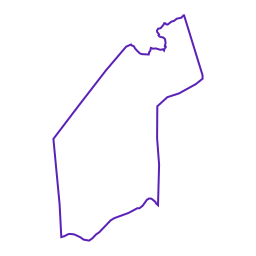 Dilkhil, Dikhil, Djibouti
{"feature_id": "41766387B9467441741428", "entity_name": "Dilkhil", "entity_type": "district", "adm_level": 2, "iso_a3": "DJI", "parent_name": "Djibouti", "parent_adm1": "Dikhil", "projection": "equal_earth", "projection_center": [42.604, 11.271], "detail": "fine", "context": "isolated", "style": "outline", "palette": "violet", "viewbox_px": 256, "rotation_deg": 0, "n_neighbors": 0, "source": "geoboundaries", "source_scale": "gbopen_adm2", "svg_char_len": 1068}
<svg xmlns="http://www.w3.org/2000/svg" viewBox="0 0 256 256"><path d="M53.4,138.9L59.6,204.3L61.3,237.1L64.4,236.2L67.9,234.3L69.5,233.9L74.3,234.4L80.6,237.4L83.5,239.6L89.1,240.6L92.1,238.5L92.4,238.3L96.2,234.3L99.1,232.4L110.7,220.3L114.4,218.1L123.7,214.7L128.4,213.0L137.4,208.2L139.4,208.3L142.7,205.7L146.9,199.8L149.0,198.5L151.5,198.7L155.4,201.9L155.8,202.9L155.9,203.2L158.0,205.2L159.1,164.8L157.1,138.1L157.3,106.3L167.3,97.2L179.0,93.4L195.8,84.1L202.6,78.7L202.5,75.1L184.1,15.4L183.5,15.4L181.3,17.7L176.8,18.7L174.6,20.4L173.9,21.0L171.6,21.5L167.7,24.5L166.3,24.4L165.4,23.3L164.2,23.2L163.7,24.5L160.6,28.2L158.1,28.7L157.0,30.6L157.1,31.9L159.1,34.4L158.5,35.3L159.5,36.6L163.4,37.6L165.0,39.1L165.6,42.9L165.3,44.0L164.8,46.1L165.7,46.4L165.7,47.3L164.6,48.5L164.0,50.6L162.8,49.3L160.4,49.8L155.7,48.4L153.0,48.7L150.9,47.9L150.2,51.0L149.1,52.2L148.7,54.5L141.7,54.1L139.9,53.4L137.9,51.5L137.5,51.2L135.1,48.5L133.8,46.2L131.8,45.5L131.0,44.5L126.1,46.7L106.0,70.3L78.4,106.0L53.4,138.9Z" fill="none" stroke="#5b21b6" stroke-width="2"/></svg>